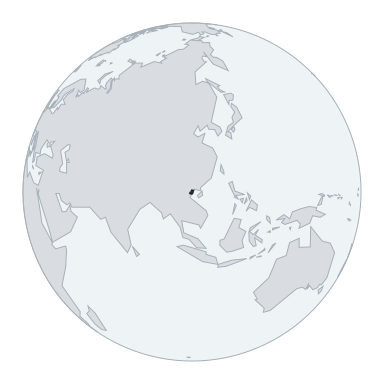 globe centered on Quảng Ninh, rotated 337°
{"feature_id": "VNM-429", "entity_name": "Quảng Ninh", "entity_type": "Province", "adm_level": 1, "iso_a3": "VNM", "parent_name": "Vietnam", "parent_adm1": "", "projection": "orthographic", "projection_center": [107.332, 21.181], "detail": "fine", "context": "on_globe", "style": "filled", "palette": "slate", "viewbox_px": 384, "rotation_deg": 337, "n_neighbors": 0, "source": "natural_earth", "source_scale": "10m", "svg_char_len": 12548}
<svg xmlns="http://www.w3.org/2000/svg" viewBox="0 0 384 384"><g transform="rotate(337 192 192)"><circle cx="192" cy="192" r="169" fill="#eef3f6" stroke="#a8b0b8"/><path d="M347.0,253.1L346.7,254.1L346.6,254.3L347.0,253.1ZM275.4,45.0L270.3,42.8L271.2,46.4L277.0,50.8L271.4,47.7L286.2,58.9L290.3,65.2L282.3,56.2L278.8,54.0L279.8,57.0L276.5,55.5L275.1,56.3L271.0,54.3L266.6,49.8L263.9,48.6L264.8,50.9L261.3,50.8L260.4,47.5L254.2,47.2L245.7,40.7L246.6,35.3L238.5,31.9L230.4,27.6L227.7,27.2L222.9,25.9L218.1,25.1L214.2,24.6L215.2,24.8L213.9,24.8L211.1,24.6L210.5,24.2L211.8,24.3L210.2,24.1L211.0,24.1L209.0,23.9L208.8,23.9L222.7,25.9L236.4,29.0L249.8,33.2L262.8,38.6L275.4,45.0ZM207.2,23.7L204.9,23.6L201.1,23.3L207.2,23.7ZM350.7,133.9L349.4,130.6L349.8,131.5L350.7,133.9ZM348.8,129.5L349.2,130.4L349.0,129.8L348.8,129.5ZM348.8,129.6L348.9,130.0L348.8,129.6ZM348.9,130.2L348.8,129.7L348.9,129.9L348.9,130.2ZM348.5,130.1L348.4,130.0L348.2,129.2L348.5,130.1ZM280.4,48.0L278.8,47.1L277.0,46.0L278.6,46.9L280.4,48.0ZM282.0,54.6L281.0,53.0L283.1,55.2L282.0,54.6ZM275.6,56.7L276.9,57.8L275.6,57.8L275.6,56.7ZM268.2,55.0L265.7,54.9L267.5,54.1L268.2,55.0ZM263.8,54.4L257.8,54.8L260.2,56.9L249.9,51.5L258.4,52.7L260.2,51.2L261.2,53.1L263.8,54.4ZM216.8,25.1L215.5,24.8L219.1,25.4L216.8,25.1ZM219.4,25.6L232.3,28.4L232.7,29.1L228.3,27.8L230.9,29.3L224.8,28.2L222.0,27.1L222.9,26.8L219.8,26.7L219.4,25.6ZM245.2,48.7L243.1,48.3L244.4,47.8L245.2,48.7ZM213.7,24.9L216.2,25.3L216.8,25.8L211.8,25.2L213.2,25.2L213.7,24.9ZM234.6,30.4L234.1,30.9L229.0,30.1L228.2,30.2L224.7,28.2L234.6,30.4ZM211.7,24.9L209.2,25.0L206.4,24.5L211.2,24.6L211.7,24.9ZM219.1,26.3L219.1,26.6L217.4,26.2L219.1,26.3ZM195.1,23.5L198.2,23.6L198.7,23.8L195.1,23.5ZM208.4,25.0L209.4,25.2L210.0,25.4L207.8,25.4L208.4,25.0ZM221.3,27.9L219.3,27.6L222.5,28.7L218.8,28.3L217.1,27.2L216.3,27.5L215.2,27.5L215.1,26.7L221.3,27.9ZM207.3,26.0L203.9,24.9L198.1,24.4L197.5,24.1L206.9,24.9L207.3,26.0ZM211.9,26.4L208.9,26.0L209.6,25.7L212.1,25.7L211.9,26.4ZM216.9,28.6L223.0,29.4L223.1,29.7L216.9,28.6ZM205.5,25.9L206.4,26.2L205.0,25.9L205.5,25.9ZM213.2,27.8L215.4,28.0L215.5,28.2L213.2,27.8ZM206.3,26.8L205.2,26.4L206.8,26.3L206.3,26.8ZM209.4,27.3L209.0,27.7L208.1,26.6L210.3,27.3L209.4,27.3ZM213.0,28.0L213.8,28.3L212.1,27.9L213.0,28.0ZM200.7,27.6L199.1,26.2L202.7,25.9L203.8,27.2L200.7,27.6ZM60.6,85.8L58.9,89.8L57.7,92.1L52.6,98.2L46.1,114.2L50.4,110.3L49.9,121.7L53.0,125.8L63.7,113.8L58.6,106.7L63.1,99.1L71.4,99.2L76.7,106.3L78.6,103.6L79.8,94.4L85.5,91.7L80.7,90.9L79.3,94.4L76.2,94.3L77.3,91.2L79.3,90.2L79.0,87.3L69.6,93.5L67.1,97.7L63.6,94.5L59.1,101.4L56.6,102.9L63.1,91.9L66.0,88.9L74.4,76.1L71.1,78.8L62.9,91.3L63.4,89.4L58.9,94.0L62.7,89.1L72.5,75.4L72.4,73.4L66.4,79.0L78.6,66.8L76.9,68.4L80.7,65.2L88.5,58.6L86.4,60.6L89.0,58.7L87.9,60.3L93.0,58.0L92.9,59.5L101.3,54.6L102.4,55.0L97.1,57.6L93.3,60.5L93.8,65.3L95.8,65.0L101.2,61.7L100.7,63.8L105.9,60.0L109.4,61.8L109.6,56.7L116.0,53.4L121.6,52.7L123.7,50.9L114.6,52.2L111.0,53.6L107.8,56.2L97.8,60.4L96.2,59.7L106.8,52.5L105.8,51.1L114.4,46.8L133.7,44.8L138.5,46.6L132.7,55.9L127.9,57.0L127.5,54.0L121.9,59.6L125.2,57.8L124.7,59.7L130.8,57.8L130.7,59.1L136.6,55.2L137.2,56.6L133.5,59.1L142.9,58.1L146.0,60.9L148.1,60.1L149.6,58.5L152.5,63.6L153.9,62.8L153.6,60.8L156.2,58.1L162.1,55.5L162.8,57.3L160.7,58.5L157.5,64.2L152.1,67.5L152.9,68.1L157.8,65.7L161.8,58.7L165.1,56.6L163.9,59.8L164.6,58.5L166.5,58.1L168.9,59.6L170.5,56.2L190.1,51.1L196.9,54.1L193.7,57.1L208.1,57.2L214.6,61.6L214.2,59.6L220.9,58.9L218.9,57.5L219.2,56.5L235.4,55.6L239.8,57.2L246.3,55.6L246.1,54.7L243.3,53.3L249.9,51.5L260.2,56.9L260.1,58.6L266.6,61.3L265.5,65.0L267.5,69.6L262.5,72.8L264.6,76.6L266.9,77.3L271.5,83.4L272.8,94.5L261.4,82.4L257.4,67.5L258.2,73.0L254.9,71.0L253.3,72.6L254.1,76.9L256.1,77.8L241.7,82.7L237.5,94.6L245.2,94.3L249.9,98.4L251.9,114.3L236.9,135.3L243.0,143.0L243.3,147.8L237.7,150.6L237.2,143.4L231.7,140.6L232.2,136.5L223.2,139.2L223.5,133.4L216.3,138.9L218.9,143.7L226.8,143.0L220.4,150.8L228.2,159.5L228.9,169.6L215.2,186.7L201.5,191.3L200.6,194.4L195.3,190.4L188.0,196.2L197.7,214.8L197.4,219.9L185.7,228.8L185.5,225.0L171.3,214.4L168.5,226.4L179.2,237.4L182.9,249.4L174.5,245.1L170.8,234.4L165.8,230.4L167.3,219.9L163.5,203.6L155.1,205.6L155.9,199.3L149.3,185.2L137.3,187.5L118.2,201.2L115.3,217.0L108.9,222.6L101.7,197.4L102.4,181.4L97.3,181.5L92.0,166.0L75.5,159.0L75.4,154.4L71.8,154.9L68.4,148.7L69.2,141.5L66.1,140.2L64.8,159.4L68.3,160.9L74.4,156.4L73.1,162.7L76.7,170.3L64.7,181.2L44.0,183.8L45.8,171.5L49.6,133.9L51.6,130.9L51.8,130.5L52.1,129.7L48.6,134.3L50.5,127.4L44.4,151.9L41.7,161.6L43.7,184.3L42.5,185.6L44.3,191.0L54.6,192.4L53.9,196.2L46.7,211.2L35.7,227.5L39.4,245.0L42.3,258.4L40.3,262.6L45.4,273.7L45.1,274.8L48.4,280.7L50.4,284.1L44.3,274.0L38.9,263.5L34.3,252.7L30.5,241.5L27.4,230.1L25.1,218.6L23.7,206.9L23.1,195.1L23.3,183.3L24.3,171.5L26.1,159.9L28.8,148.4L32.2,137.1L36.4,126.1L41.4,115.4L47.1,105.1L53.5,95.2L60.6,85.8ZM78.3,121.5L83.9,125.7L88.1,115.8L90.6,116.8L91.1,113.2L88.4,115.0L90.6,105.8L95.4,105.2L98.2,101.4L96.4,99.9L87.2,102.7L83.9,115.6L79.8,118.1L78.3,121.5ZM104.4,48.0L101.8,49.8L99.0,51.4L99.2,50.8L103.3,48.4L104.4,48.0ZM98.8,52.1L109.2,45.9L109.5,46.4L107.6,47.1L106.7,48.1L103.4,49.5L93.5,56.6L90.4,58.6L92.4,55.7L93.5,55.3L95.9,53.4L98.8,52.1ZM135.4,33.3L139.9,31.8L134.7,34.7L131.0,35.9L131.0,35.0L135.3,33.2L135.4,33.3ZM194.6,23.1L198.3,23.2L207.6,23.9L207.5,24.2L205.0,24.3L202.7,24.1L203.5,23.9L199.9,23.9L199.3,23.5L196.5,23.5L186.0,23.2L187.7,23.1L194.6,23.1ZM170.9,24.4L170.5,24.6L173.8,24.1L174.6,24.2L171.6,24.5L176.6,24.1L176.4,24.3L181.7,24.7L189.0,24.4L191.2,24.8L188.2,25.0L192.4,25.2L188.2,26.0L189.7,26.3L187.0,27.7L180.4,28.3L182.5,28.7L180.6,30.1L175.2,30.9L177.0,29.6L169.7,31.7L169.1,30.4L168.3,30.8L165.7,30.3L161.1,30.5L161.6,29.8L159.7,30.2L157.9,30.1L155.3,30.5L155.3,29.6L152.2,30.1L154.0,29.5L148.6,30.6L152.6,29.4L150.7,29.5L147.8,30.6L153.9,27.4L170.9,24.4ZM199.7,27.9L192.1,28.4L187.9,28.1L194.3,25.9L193.6,25.5L197.5,24.6L203.4,25.2L201.8,25.3L201.5,25.6L199.8,25.3L201.0,25.8L198.7,26.1L199.0,26.7L196.5,26.6L199.7,27.9ZM59.5,90.7L59.2,91.9L59.3,93.0L56.5,96.1L59.5,90.7ZM66.0,81.4L66.2,81.7L62.2,86.2L62.6,85.2L66.0,81.4ZM69.6,78.4L66.5,81.4L68.4,79.2L69.6,78.4ZM97.6,57.9L98.1,58.3L96.9,59.2L95.0,60.0L97.6,57.9ZM153.4,38.6L155.2,37.4L156.1,37.4L161.9,35.7L162.8,36.8L159.7,38.2L153.4,38.6ZM60.9,114.8L58.0,116.2L58.4,114.3L59.3,114.2L60.9,114.8ZM55.6,105.6L55.2,109.3L54.9,106.4L55.6,105.6ZM155.4,39.4L157.7,38.5L156.7,39.6L155.4,39.4ZM163.8,37.5L163.3,38.7L163.6,36.7L163.8,37.5ZM122.6,341.8L126.2,343.7L123.9,343.1L122.6,341.8ZM55.5,265.6L59.0,285.9L55.2,283.4L51.2,275.9L47.6,262.7L50.9,261.6L51.7,256.4L55.5,265.6ZM225.6,277.1L230.7,277.8L230.5,278.5L225.6,277.1ZM220.3,274.7L226.1,274.9L219.3,276.2L220.3,274.7ZM228.4,275.0L234.3,273.6L236.9,272.4L236.4,273.9L228.4,275.0ZM216.3,274.7L194.8,273.8L186.2,271.4L188.2,268.9L202.0,270.3L216.3,274.7ZM187.6,268.8L174.6,260.3L156.9,236.4L163.2,237.5L181.7,252.6L180.5,254.9L188.4,261.4L187.6,268.8ZM219.1,256.3L217.8,263.2L205.9,262.3L200.5,261.0L196.8,251.9L198.9,247.4L203.3,247.8L220.5,232.7L226.5,236.6L221.2,243.1L226.2,249.3L219.1,256.3ZM115.9,218.6L119.2,228.9L115.8,229.7L115.9,218.6ZM227.5,221.8L220.6,228.6L226.9,219.4L227.5,221.8ZM231.3,213.1L231.8,216.6L228.9,213.2L231.3,213.1ZM200.4,199.3L195.7,199.9L195.6,197.3L201.6,195.2L200.4,199.3ZM229.4,178.2L229.3,185.6L228.4,188.1L226.2,183.6L229.4,178.2ZM166.6,50.2L157.6,51.2L151.7,53.3L149.4,56.3L148.8,52.7L157.9,49.5L166.6,50.2ZM187.1,50.6L189.1,48.4L190.9,49.4L190.7,50.1L187.1,50.6ZM186.5,49.2L184.1,46.5L186.9,45.4L188.3,47.7L186.5,49.2ZM169.4,42.1L166.7,42.2L167.5,41.2L169.4,42.1ZM307.4,314.9L307.9,314.8L303.1,319.2L297.0,324.3L292.6,327.3L307.4,314.9ZM268.6,335.1L269.8,331.5L275.7,330.0L272.1,333.7L268.6,335.1ZM311.5,311.0L315.9,306.3L319.0,301.9L316.8,305.5L318.5,303.9L308.9,313.9L311.5,311.0ZM250.6,321.9L217.7,331.6L210.7,330.6L213.1,327.1L207.9,315.9L210.2,316.1L209.4,308.3L229.2,301.0L243.6,286.9L253.9,287.3L262.1,276.7L272.6,276.5L269.0,284.8L279.4,288.8L287.7,270.2L292.7,288.0L299.3,293.1L299.6,303.5L282.9,323.4L274.6,328.1L273.5,326.9L269.9,329.1L265.1,329.2L263.6,324.2L259.9,326.3L264.0,321.7L258.5,326.1L256.5,322.8L250.6,321.9ZM324.6,277.6L325.8,277.6L327.2,279.9L325.4,280.1L324.6,277.6ZM343.8,258.7L344.0,259.8L342.9,260.9L343.8,258.7ZM346.6,254.3L345.3,255.9L347.0,253.1L346.6,254.3ZM332.6,264.6L333.0,265.5L332.5,266.1L332.6,264.6ZM332.1,264.4L333.1,262.3L332.7,264.2L332.1,264.4ZM326.9,256.5L327.7,255.3L328.1,255.9L326.9,256.5ZM238.2,277.7L245.4,272.3L249.2,271.8L238.2,277.7ZM325.8,254.8L323.8,255.2L324.1,254.1L325.8,254.8ZM326.1,252.3L326.0,250.9L327.0,254.0L326.1,252.3ZM322.3,250.2L324.7,252.1L322.0,250.5L322.3,250.2ZM320.8,250.9L318.9,250.2L319.1,249.7L320.8,250.9ZM299.0,257.1L306.0,264.6L300.2,265.4L293.7,261.0L288.3,266.7L276.3,267.2L279.2,263.8L277.6,259.1L265.0,258.2L262.4,255.2L267.0,252.7L258.5,250.7L267.8,248.7L271.5,255.0L276.7,249.5L285.6,249.9L294.0,251.1L300.7,255.0L299.0,257.1ZM267.7,263.0L269.3,262.9L267.8,265.0L267.7,263.0ZM315.4,247.4L318.1,250.0L317.7,250.8L316.4,250.6L315.4,247.4ZM302.3,253.6L309.5,247.1L311.1,246.9L306.3,253.8L302.3,253.6ZM307.8,243.9L311.1,244.1L312.8,246.8L312.1,247.7L307.8,243.9ZM248.8,258.0L248.4,259.8L246.0,258.5L248.8,258.0ZM251.9,256.8L259.2,258.5L251.3,258.4L251.9,256.8ZM229.6,250.9L231.7,255.2L238.6,252.4L233.4,256.4L238.0,263.4L236.4,266.1L231.8,258.5L230.1,266.4L227.1,266.2L225.5,259.5L228.6,251.2L231.6,247.7L243.9,246.2L229.6,250.9ZM251.9,251.5L250.0,246.6L251.4,243.1L253.5,245.7L251.9,251.5ZM244.1,234.4L238.9,228.6L234.2,230.9L243.7,222.5L247.1,229.5L244.1,234.4ZM239.6,221.4L235.2,223.5L239.8,218.7L239.6,221.4ZM234.1,221.5L233.5,217.4L237.0,217.9L234.1,221.5ZM241.9,221.6L242.7,214.5L244.5,218.7L241.9,221.6ZM231.9,208.0L239.5,214.9L229.7,211.9L229.1,198.3L233.2,198.0L231.9,208.0ZM253.6,153.2L252.5,149.4L256.1,148.5L255.9,151.3L253.6,153.2ZM267.1,143.2L256.8,147.0L248.3,150.6L251.0,152.3L249.4,158.8L245.1,152.8L250.8,145.6L257.3,144.2L258.0,138.8L262.5,135.2L261.1,128.6L263.0,125.8L266.3,131.4L267.1,143.2ZM260.1,125.9L259.2,114.7L266.3,116.2L268.1,119.0L265.5,123.4L262.0,122.3L260.1,125.9ZM261.1,112.6L257.6,111.5L249.0,95.8L248.9,93.0L259.2,105.0L256.5,104.8L257.4,108.6L261.1,112.6ZM243.9,49.3L243.1,48.3L245.0,49.2L243.9,49.3ZM218.0,55.8L218.8,54.6L220.9,55.4L218.0,55.8ZM222.0,52.0L219.1,51.9L221.9,51.2L222.0,52.0ZM212.6,52.0L217.8,51.5L213.3,53.1L212.6,52.0Z" fill="#d9dde1" stroke="#a8b0b8" stroke-width="1"/><path d="M192.0,190.7L192.0,190.8L192.1,190.7L192.3,190.6L192.4,190.8L192.5,190.8L192.6,190.7L192.8,190.7L193.0,190.7L193.3,190.6L193.4,190.8L193.5,190.9L193.6,191.0L193.8,191.1L193.7,191.2L193.4,191.0L193.2,191.0L193.3,191.1L193.2,191.1L193.1,191.3L192.9,191.3L192.9,191.5L192.7,191.7L192.4,191.6L192.2,191.6L192.3,191.7L192.2,191.7L192.1,191.8L192.1,192.0L192.1,192.3L192.1,192.5L191.9,192.5L191.7,192.6L191.3,192.7L191.5,192.4L191.4,192.4L191.4,192.5L191.3,192.4L191.3,192.5L191.2,192.5L191.3,192.4L191.2,192.4L191.2,192.5L191.2,192.4L191.2,192.5L190.9,192.7L190.7,192.5L190.8,192.6L190.9,192.8L190.8,192.7L190.7,192.7L190.8,192.8L190.7,192.9L190.6,192.7L190.4,192.5L190.3,192.4L190.3,192.5L190.2,192.5L189.9,192.4L189.7,192.4L189.5,192.2L189.8,192.0L190.4,192.1L190.6,192.1L190.8,192.0L191.0,191.9L191.1,191.6L191.3,191.5L191.4,191.4L191.6,191.4L191.8,191.2L191.7,191.0L191.7,190.9L191.8,190.9L192.0,190.7ZM192.6,191.9L192.8,191.9L192.7,191.9L192.7,192.0L192.4,192.3L192.2,192.4L192.2,192.2L192.3,192.0L192.3,191.9L192.3,191.7L192.5,191.8L192.6,191.9ZM191.3,193.1L191.2,193.2L191.3,193.3L191.2,193.4L190.9,193.2L190.9,192.9L191.0,192.9L190.9,192.9L191.0,193.0L191.1,192.9L191.2,193.0L191.3,193.1L191.3,193.1ZM190.6,192.8L190.8,193.1L190.7,193.2L190.6,192.9L190.6,193.0L190.5,192.9L190.4,192.9L190.5,192.8L190.5,192.7L190.6,192.8L190.6,192.8ZM192.6,192.5L192.6,192.4L192.6,192.6L192.5,192.8L192.4,192.8L192.2,192.8L192.3,192.8L192.4,192.7L192.5,192.5L192.6,192.4L192.6,192.5ZM193.5,191.4L193.8,191.3L193.7,191.4L193.4,191.5L193.4,191.4L193.4,191.5L193.5,191.4L193.4,191.4L193.5,191.4ZM192.5,192.8L192.6,192.7L192.6,192.8L192.5,193.0L192.4,193.1L192.4,192.9L192.5,192.9L192.5,192.8ZM192.7,192.3L192.8,192.2L192.7,192.4L192.7,192.5L192.7,192.4L192.7,192.3ZM193.1,192.5L193.3,192.6L193.2,192.6L193.1,192.5ZM193.3,191.5L193.0,191.6L193.3,191.5L193.3,191.5ZM192.1,192.9L192.1,193.0L192.1,192.9L192.1,192.9ZM193.4,192.5L193.4,192.4L193.4,192.5L193.4,192.5Z" fill="#64748b" stroke="#1e293b" stroke-width="1.5"/></g></svg>